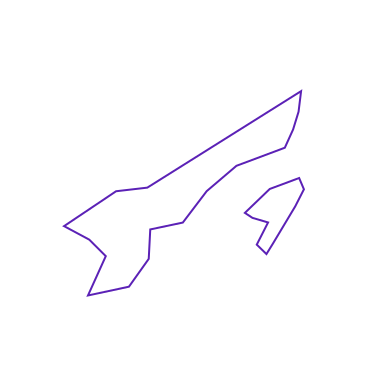 Baie Sainte Anne, Albers equal-area conic projection, rotated 117°
{"feature_id": "SYC-5204", "entity_name": "Baie Sainte Anne", "entity_type": "state/province", "adm_level": 1, "iso_a3": "SYC", "parent_name": "Seychelles", "parent_adm1": "", "projection": "albers", "projection_center": [55.733, -4.314], "detail": "fine", "context": "isolated", "style": "outline", "palette": "violet", "viewbox_px": 384, "rotation_deg": 117, "n_neighbors": 0, "source": "natural_earth", "source_scale": "10m", "svg_char_len": 495}
<svg xmlns="http://www.w3.org/2000/svg" viewBox="0 0 384 384"><g transform="rotate(117 192 192)"><path d="M52.6,140.6L72.1,133.5L90.4,130.3L110.4,129.4L148.5,164.3L184.6,179.3L223.4,186.3L244.3,212.2L271.2,200.2L305.0,205.2L331.4,237.7L288.3,239.7L281.1,261.9L280.5,290.5L225.8,260.0L208.4,233.8L52.6,140.6ZM130.9,102.9L138.8,93.5L157.8,93.5L201.5,96.5L213.5,97.5L209.5,110.4L184.6,110.4L187.6,126.4L186.6,135.4L154.0,124.1L130.9,102.9Z" fill="none" stroke="#5b21b6" stroke-width="2"/></g></svg>